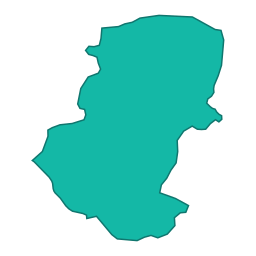 Montana, orthographic projection
{"feature_id": "BGR-2250", "entity_name": "Montana", "entity_type": "Province", "adm_level": 1, "iso_a3": "BGR", "parent_name": "Bulgaria", "parent_adm1": "", "projection": "orthographic", "projection_center": [23.215, 43.499], "detail": "fine", "context": "isolated", "style": "filled", "palette": "teal", "viewbox_px": 256, "rotation_deg": 0, "n_neighbors": 0, "source": "natural_earth", "source_scale": "10m", "svg_char_len": 1191}
<svg xmlns="http://www.w3.org/2000/svg" viewBox="0 0 256 256"><path d="M86.8,218.5L86.5,215.1L82.9,213.5L72.5,211.2L68.8,208.8L65.8,205.8L60.3,198.1L55.2,193.0L53.9,191.0L53.2,188.7L52.6,183.4L51.8,181.1L49.2,177.2L34.2,161.8L32.3,160.5L42.4,151.5L48.0,136.3L47.9,130.1L52.2,127.7L60.0,124.8L72.2,123.5L84.0,119.8L85.8,114.9L84.6,109.4L80.0,108.4L77.7,104.0L80.8,88.5L88.2,77.0L98.3,73.2L100.6,69.1L98.3,63.1L97.0,57.2L92.9,55.5L88.7,54.4L85.6,50.4L88.9,46.3L94.1,46.7L99.3,45.3L101.0,38.5L101.9,28.1L118.5,26.6L124.8,23.9L132.2,22.3L140.0,18.1L159.0,15.4L192.4,17.0L215.1,29.5L221.0,30.4L223.7,40.0L221.5,65.3L218.2,75.7L214.1,85.4L213.6,88.8L213.9,92.4L211.5,96.2L207.8,98.9L206.7,103.2L210.2,106.7L212.5,108.4L215.1,109.2L216.7,112.0L219.0,114.3L221.6,115.7L221.8,119.3L218.9,121.9L215.5,119.7L210.4,123.6L205.7,129.2L201.5,129.5L197.3,129.2L192.2,126.1L183.7,131.1L177.2,140.4L177.7,151.6L176.1,162.9L170.9,170.2L166.7,178.3L161.4,184.8L159.7,192.8L175.5,198.5L188.5,205.6L185.8,212.3L180.3,212.8L174.4,217.7L174.9,225.6L167.3,234.1L157.8,237.8L151.0,235.4L144.4,237.2L137.1,240.6L117.3,238.9L111.8,234.6L96.5,216.3L86.8,218.5Z" fill="#14b8a6" stroke="#0f766e" stroke-width="1.5"/></svg>